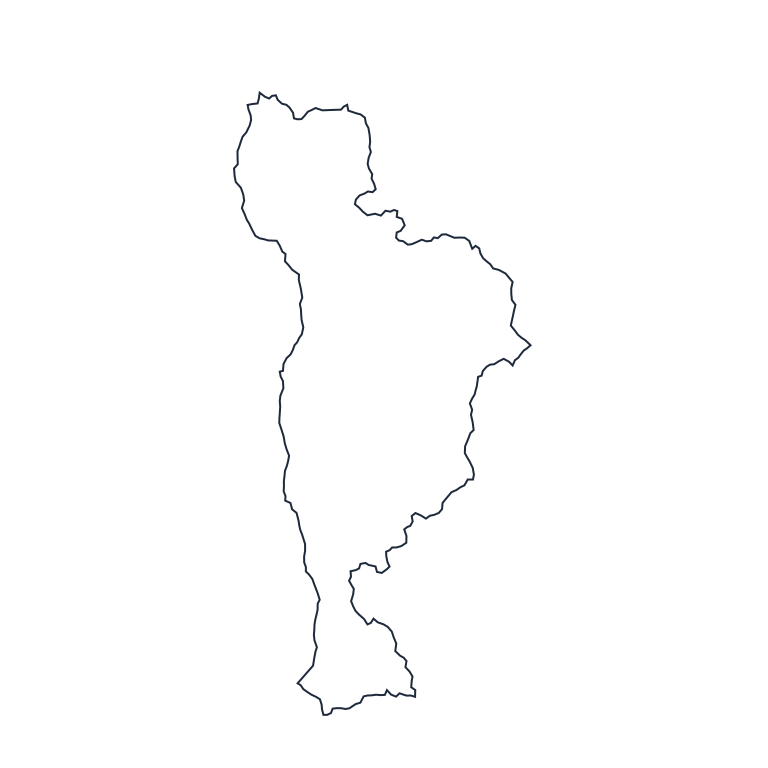 Monte Castelo, Santa Catarina, Brazil, rotated 167°
{"feature_id": "56859067B21045936175667", "entity_name": "Monte Castelo", "entity_type": "district", "adm_level": 2, "iso_a3": "BRA", "parent_name": "Brazil", "parent_adm1": "Santa Catarina", "projection": "equal_earth", "projection_center": [-50.286, -26.651], "detail": "fine", "context": "isolated", "style": "outline", "palette": "slate", "viewbox_px": 768, "rotation_deg": 167, "n_neighbors": 0, "source": "geoboundaries", "source_scale": "gbopen_adm2", "svg_char_len": 4355}
<svg xmlns="http://www.w3.org/2000/svg" viewBox="0 0 768 768"><g transform="rotate(167 384 384)"><path d="M263.7,498.0L267.6,495.9L268.8,504.3L272.5,508.4L276.9,509.6L282.6,510.7L289.9,515.9L294.1,516.6L298.8,514.0L302.4,515.6L305.9,512.9L310.6,513.5L314.7,516.1L322.4,514.5L325.7,514.0L329.4,514.4L333.3,518.9L337.2,520.4L339.3,523.9L337.5,528.8L333.3,529.5L328.1,534.0L329.3,541.0L334.0,543.9L332.1,549.5L335.1,551.3L339.1,550.5L343.6,552.5L349.1,548.8L354.5,551.9L362.1,552.1L365.8,556.6L368.5,561.3L371.9,565.7L369.9,570.0L365.4,573.2L359.9,574.0L356.4,575.2L352.0,573.5L348.3,575.6L348.6,581.2L349.9,586.9L348.3,591.1L350.2,597.3L350.4,602.2L348.1,607.8L344.6,613.0L344.9,618.0L343.0,623.1L342.0,629.7L341.6,637.0L343.0,642.1L342.7,647.8L346.2,652.0L349.9,653.9L357.3,658.4L357.1,664.3L360.9,663.3L364.1,661.0L367.8,661.7L372.9,662.7L382.4,664.5L388.6,668.3L392.6,667.3L397.0,666.4L401.3,663.0L404.8,660.7L408.8,661.4L412.0,663.1L411.6,668.7L413.9,674.6L416.3,678.0L420.4,680.1L423.7,684.9L424.4,689.6L428.3,689.9L431.7,688.0L435.3,690.6L439.6,695.8L441.8,690.1L444.1,685.8L449.2,686.4L454.1,686.6L454.3,682.1L453.5,675.8L454.1,671.1L456.8,666.0L461.7,660.0L466.1,656.8L468.9,652.5L471.8,647.6L474.4,643.8L475.7,637.8L477.0,631.1L481.6,627.8L482.8,620.1L483.0,614.2L479.3,607.4L478.5,600.4L479.0,594.1L482.9,587.4L481.6,581.0L480.7,574.7L479.3,570.7L477.9,564.3L476.0,557.3L472.5,554.0L468.0,551.9L464.7,550.0L460.7,548.9L456.3,547.7L454.5,542.3L453.3,535.9L450.7,532.8L452.9,525.8L450.5,521.7L447.8,516.1L445.0,512.9L442.2,509.8L443.6,504.6L443.6,495.7L444.2,486.5L448.0,480.9L448.2,475.0L449.1,470.2L449.9,464.8L449.9,457.3L452.9,450.9L456.1,448.1L459.3,444.1L462.4,442.0L465.3,437.5L468.4,433.8L473.0,431.2L477.4,426.1L479.5,419.5L482.8,419.5L483.0,414.3L481.8,409.6L483.0,402.5L487.6,395.9L489.4,390.8L490.2,385.3L492.4,378.0L493.7,373.8L494.8,369.6L494.1,362.0L493.6,355.2L494.0,348.4L493.6,342.3L492.6,335.6L494.5,331.0L497.0,326.2L500.1,321.5L501.7,316.6L503.5,311.6L504.5,306.8L505.9,302.0L505.2,296.9L506.5,292.6L501.9,289.1L501.7,282.5L498.2,278.1L498.0,270.0L498.4,264.8L498.4,260.5L497.7,256.0L496.9,245.8L498.4,239.2L500.6,234.0L501.9,228.2L501.3,223.2L502.3,218.9L500.0,215.4L497.7,210.2L497.0,204.3L495.7,195.1L495.2,188.2L498.0,184.9L499.6,178.7L501.9,173.9L503.9,170.0L505.8,165.4L507.0,160.8L508.8,155.1L509.4,149.9L508.6,142.6L511.1,138.4L514.0,131.7L516.5,125.5L535.5,111.8L532.9,109.2L531.3,104.9L528.2,101.4L524.7,97.7L520.4,94.3L517.4,91.3L516.9,85.8L517.6,80.7L517.4,75.2L513.9,74.4L509.7,75.3L507.1,79.2L502.9,78.8L498.3,77.6L494.6,76.0L490.7,75.8L487.3,77.1L483.6,78.5L478.7,78.8L474.1,84.2L470.1,84.2L466.6,83.5L461.6,83.0L457.2,81.6L453.1,80.9L450.0,85.1L447.0,79.8L442.6,76.7L438.4,79.1L435.2,77.1L432.1,75.3L427.8,74.4L424.1,72.2L422.4,78.8L425.7,82.4L423.8,88.5L422.0,92.5L423.8,98.1L426.8,103.3L424.4,109.0L426.4,112.9L429.4,115.6L433.1,121.2L430.4,128.4L431.5,134.7L432.1,141.0L434.9,146.4L438.5,149.9L443.7,153.2L447.0,157.7L450.7,154.1L454.2,153.5L456.3,159.5L460.2,164.9L462.8,169.3L464.0,174.1L464.9,179.8L461.3,186.1L459.5,191.2L460.9,195.3L462.3,200.1L459.5,203.7L458.7,209.1L453.5,209.0L449.8,209.9L447.4,214.0L442.3,213.8L439.6,211.1L436.6,209.7L433.3,208.1L433.1,202.5L428.7,200.4L422.9,202.9L419.7,204.8L420.7,210.0L420.5,215.6L419.7,220.1L416.0,220.8L412.8,222.9L408.7,221.9L403.5,222.2L398.0,224.3L396.3,230.9L397.0,237.8L393.6,239.4L390.3,239.9L387.0,243.6L386.7,249.1L382.4,251.2L377.6,247.6L373.4,243.4L369.0,245.3L364.8,245.2L359.7,246.0L355.6,249.0L353.7,254.9L350.7,257.3L347.2,259.9L342.6,263.4L337.3,264.4L332.8,266.2L328.4,267.2L323.9,272.1L318.8,270.9L316.8,275.4L316.4,282.2L318.0,289.2L319.6,294.2L320.8,298.5L319.0,305.0L314.2,311.7L311.0,316.6L307.0,319.0L306.2,326.9L306.2,334.3L303.9,339.1L304.7,345.8L301.4,350.0L298.1,353.3L296.2,357.1L294.1,360.9L292.3,365.5L290.7,369.8L287.0,370.2L284.7,374.5L280.2,377.7L276.3,379.0L272.2,378.5L266.8,380.4L261.7,381.6L257.2,377.6L254.5,373.1L251.1,377.7L247.2,379.4L244.3,382.0L240.4,385.1L236.4,386.7L232.5,388.8L236.4,394.8L239.5,398.0L242.4,401.8L244.5,406.7L247.3,412.4L245.0,417.3L243.3,420.8L241.1,425.6L238.1,431.6L240.5,437.1L239.7,443.2L238.5,448.6L235.7,454.5L238.1,459.1L240.6,464.2L246.4,469.3L251.7,472.1L253.4,476.6L256.9,481.1L259.1,484.2L260.7,489.5L260.7,494.7L263.7,498.0Z" fill="none" stroke="#1e293b" stroke-width="2"/></g></svg>